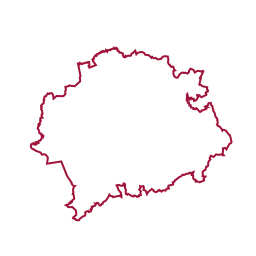 Metztitlán, Hidalgo, Mexico (Mercator projection), rotated 79°
{"feature_id": "50627088B46481232668966", "entity_name": "Metztitlán", "entity_type": "district", "adm_level": 2, "iso_a3": "MEX", "parent_name": "Mexico", "parent_adm1": "Hidalgo", "projection": "mercator", "projection_center": [-98.823, 20.565], "detail": "fine", "context": "isolated", "style": "outline", "palette": "rose", "viewbox_px": 256, "rotation_deg": 79, "n_neighbors": 0, "source": "geoboundaries", "source_scale": "gbopen_adm2", "svg_char_len": 5789}
<svg xmlns="http://www.w3.org/2000/svg" viewBox="0 0 256 256"><g transform="rotate(79 128 128)"><path d="M125.6,226.3L126.6,226.2L127.7,227.0L128.7,226.8L130.0,226.0L130.9,225.1L131.0,224.4L132.4,223.4L135.4,218.5L137.8,217.5L137.7,215.7L138.2,214.4L139.5,213.3L141.7,212.3L147.6,214.3L148.1,199.9L163.6,196.9L171.1,193.7L171.7,194.1L173.7,193.1L174.5,192.4L174.8,191.4L175.2,192.1L177.8,193.7L180.8,193.9L182.3,194.9L182.8,194.1L187.2,194.3L189.6,198.5L189.8,197.2L190.1,197.3L191.9,201.8L191.5,202.7L191.9,203.7L193.0,202.2L194.0,202.0L194.8,199.7L194.9,197.7L198.8,195.1L200.1,194.8L203.4,195.4L204.7,197.7L205.5,198.3L205.3,198.7L206.2,199.2L207.1,197.1L208.3,196.8L209.2,194.4L209.2,193.7L207.9,192.7L206.2,189.1L205.8,186.9L204.9,186.3L202.9,186.2L202.2,185.6L201.9,182.7L203.0,182.5L202.9,180.6L201.1,179.3L200.6,180.0L199.8,178.7L198.5,178.7L198.5,178.4L199.6,177.8L198.2,177.8L198.0,175.2L197.0,174.2L195.9,174.7L196.1,174.0L195.5,172.5L196.0,171.6L197.6,171.2L198.8,170.2L198.8,169.6L197.4,168.3L197.6,167.5L195.9,166.3L195.2,163.8L191.7,160.2L189.8,159.0L191.5,157.9L192.0,156.2L193.0,155.9L192.9,149.1L194.5,147.6L192.6,147.2L191.4,147.7L190.3,147.3L186.8,149.2L184.2,149.5L182.1,150.2L182.0,149.8L182.1,147.8L183.2,146.3L183.7,144.0L181.6,142.9L182.6,141.6L186.4,142.4L188.5,141.8L190.5,142.6L192.6,142.5L193.3,141.4L192.6,140.6L196.0,136.6L196.3,135.7L195.5,135.2L195.7,134.0L197.4,132.2L197.2,131.0L196.8,130.9L197.0,130.3L196.6,130.2L196.8,130.0L196.1,129.1L196.3,128.2L193.8,128.1L192.6,127.5L190.5,128.7L189.4,127.4L187.4,127.2L188.2,126.0L188.0,124.0L189.9,123.7L191.6,124.7L193.0,122.6L196.5,122.0L194.9,120.7L192.4,116.3L193.7,115.0L194.9,114.9L196.3,113.0L196.1,111.7L195.0,110.2L195.5,109.7L194.9,109.0L196.0,107.7L196.8,107.3L195.8,105.3L196.6,103.0L195.0,101.7L195.2,99.4L193.3,99.8L192.3,99.2L192.1,94.5L189.9,94.4L190.1,93.6L189.6,93.3L189.5,92.7L188.1,91.7L188.0,90.6L187.3,89.9L187.2,89.2L186.0,87.2L185.6,85.1L184.2,83.3L184.8,82.2L184.4,79.9L184.0,79.5L184.4,77.2L183.6,76.2L184.3,75.2L183.7,72.1L185.2,73.0L185.8,74.4L186.4,74.5L187.2,73.1L189.6,73.6L190.9,73.2L191.4,72.6L191.6,71.6L192.6,71.6L192.9,71.3L193.3,71.8L193.7,71.7L193.6,69.9L194.9,68.2L194.4,64.7L194.0,63.4L193.2,63.2L192.2,63.5L190.4,61.3L189.6,64.0L187.8,63.3L186.0,63.4L184.4,62.1L184.0,60.1L180.9,58.6L181.0,57.5L180.2,56.5L177.4,55.9L176.1,55.1L174.6,53.1L173.4,53.7L171.1,52.1L172.7,49.5L170.7,46.5L171.6,44.1L171.8,41.2L172.8,40.3L173.0,39.2L171.3,40.0L167.6,38.8L166.1,38.8L166.1,36.5L167.8,35.5L163.2,31.8L162.3,29.6L161.5,29.0L154.5,29.3L153.8,30.2L149.3,32.4L148.2,34.2L147.9,35.5L148.4,35.9L147.0,36.2L143.9,37.9L143.2,39.4L141.8,39.6L141.6,40.0L140.1,39.0L138.0,38.7L137.2,39.0L136.6,38.6L135.1,38.9L133.9,39.9L129.7,40.1L127.4,41.0L126.7,40.7L126.1,41.1L122.4,41.0L121.7,41.9L119.1,42.0L119.3,43.5L119.0,44.2L120.8,45.0L121.5,46.5L121.2,46.7L121.4,47.2L121.5,46.8L121.9,47.0L122.5,46.4L122.2,47.8L122.8,48.1L123.6,47.3L124.1,47.3L125.0,51.6L124.8,52.4L125.7,53.1L126.0,54.3L121.6,57.1L121.8,58.0L122.3,58.3L121.9,60.0L121.3,59.7L120.7,60.2L119.9,62.2L117.6,62.2L117.6,63.4L114.6,63.3L114.6,64.5L112.8,64.4L111.9,65.1L107.8,63.9L106.6,63.9L106.0,63.3L111.9,63.2L111.9,62.0L110.2,61.9L110.3,59.9L111.8,59.9L111.9,57.9L114.0,58.0L113.9,56.4L113.2,55.2L110.8,53.0L110.0,52.8L109.6,53.9L108.8,53.8L109.4,51.8L111.8,50.1L110.5,44.9L109.9,44.6L108.4,45.2L107.3,43.8L107.6,42.9L106.4,42.3L104.8,43.1L103.1,42.5L101.1,47.2L99.8,48.0L99.2,48.8L99.3,49.5L98.7,49.6L93.6,47.3L93.7,47.7L92.7,48.0L90.1,45.6L86.6,43.2L86.1,43.8L86.6,45.3L85.7,46.9L85.2,49.1L86.3,51.8L83.4,52.7L81.7,55.3L83.5,57.2L84.9,57.6L85.9,59.3L84.6,61.1L84.8,62.5L84.1,63.4L84.0,64.8L85.3,67.2L88.0,69.6L87.8,70.9L86.4,72.6L83.4,73.1L80.8,72.6L80.4,70.8L79.6,71.6L76.6,71.8L76.0,72.8L76.3,73.7L75.7,74.4L73.9,74.9L73.8,75.4L72.6,76.0L71.3,76.2L68.3,75.3L65.4,75.3L64.5,78.4L64.7,80.2L66.5,82.6L66.3,85.8L64.4,87.5L64.7,88.6L63.8,90.0L62.8,90.7L63.6,91.5L60.3,93.9L60.2,95.0L59.2,97.3L57.5,97.8L56.2,99.4L55.8,102.5L56.1,104.0L57.2,105.7L53.5,106.1L55.4,109.1L55.7,110.4L57.4,111.2L57.6,112.7L57.0,113.9L57.4,115.8L56.7,116.6L58.0,117.0L58.0,117.9L57.2,118.8L55.5,119.2L53.9,118.8L52.9,120.2L52.2,122.2L51.1,122.0L50.3,123.4L49.4,123.7L48.7,123.2L48.0,123.3L47.9,124.6L47.2,124.5L47.6,125.6L46.8,126.2L47.7,126.5L47.1,127.8L47.7,128.9L47.4,129.7L48.2,130.4L47.7,131.6L48.2,132.6L47.7,133.4L49.0,133.9L47.8,134.7L48.5,134.8L48.4,136.2L47.9,136.9L48.6,137.3L47.6,138.7L48.6,139.2L48.2,140.2L49.1,140.8L48.8,141.5L49.3,142.0L49.1,142.6L49.6,143.3L49.6,144.1L50.2,144.1L50.2,145.4L51.2,145.4L50.9,146.6L52.0,147.8L53.1,148.1L53.1,148.8L54.0,149.7L54.5,149.1L55.4,149.7L60.1,147.5L61.4,154.4L59.6,154.9L58.8,153.8L55.8,153.6L55.6,154.8L56.2,155.8L55.8,156.3L56.2,159.6L55.9,159.9L56.4,160.9L55.6,162.8L55.2,162.5L54.7,162.9L55.1,163.7L56.2,163.8L55.5,164.8L67.9,164.7L69.3,165.8L70.2,165.6L73.1,166.1L76.8,172.3L75.6,176.3L75.0,177.1L75.6,178.8L75.7,181.6L78.9,181.7L79.9,182.6L82.7,183.0L84.4,185.3L83.0,192.1L85.0,195.5L81.1,195.3L79.3,196.2L79.0,196.7L79.1,198.2L79.6,198.7L78.8,200.2L79.5,200.6L79.8,201.5L81.2,202.4L81.2,204.0L83.5,204.7L83.9,205.3L85.1,205.0L85.8,205.8L87.6,206.0L88.7,208.3L89.5,209.0L90.6,208.6L90.9,209.3L92.2,209.0L93.1,209.8L94.3,209.1L97.9,209.2L98.2,210.1L99.4,210.6L101.5,209.9L101.3,211.4L101.8,212.3L102.7,212.5L103.4,212.2L103.9,212.7L104.3,212.3L105.3,212.8L106.6,214.3L107.5,213.9L107.6,215.2L108.9,214.8L109.4,216.0L110.6,216.2L111.0,216.7L114.0,215.7L115.9,216.1L116.9,215.0L117.0,214.3L119.2,214.3L118.6,213.2L119.2,212.6L119.8,212.6L121.0,213.2L122.1,215.3L123.3,216.0L123.7,217.0L123.4,218.0L124.6,218.5L124.4,220.0L125.6,219.0L125.8,220.4L126.6,221.0L126.7,222.0L125.4,222.2L126.2,222.8L126.1,223.6L124.9,223.9L125.6,226.3Z" fill="none" stroke="#9f1239" stroke-width="2"/></g></svg>